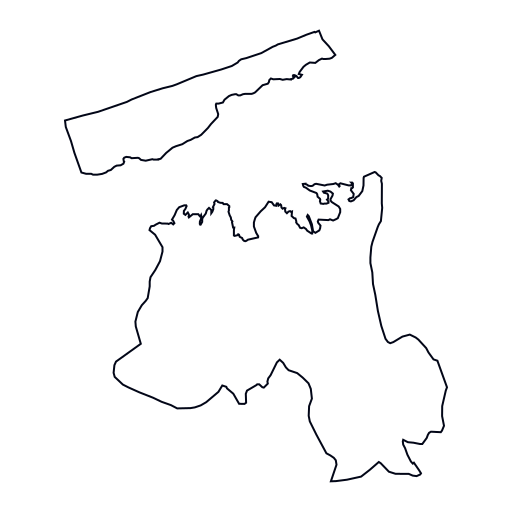 Sidi Salim, Kafr ash Shaykh, Egypt (Robinson projection)
{"feature_id": "37247803B12762735296795", "entity_name": "Sidi Salim", "entity_type": "district", "adm_level": 2, "iso_a3": "EGY", "parent_name": "Egypt", "parent_adm1": "Kafr ash Shaykh", "projection": "robinson", "projection_center": [30.738, 31.367], "detail": "fine", "context": "isolated", "style": "outline", "palette": "ink", "viewbox_px": 512, "rotation_deg": 0, "n_neighbors": 0, "source": "geoboundaries", "source_scale": "gbopen_adm2", "svg_char_len": 6044}
<svg xmlns="http://www.w3.org/2000/svg" viewBox="0 0 512 512"><path d="M330.9,481.3L336.0,481.1L347.0,479.7L361.1,476.6L369.7,469.9L378.8,462.0L380.7,463.2L388.9,471.7L395.5,473.8L408.8,473.9L412.7,475.6L416.6,476.1L420.2,474.5L421.0,473.3L419.0,470.1L413.9,462.7L412.8,463.6L410.9,461.5L407.4,454.7L405.1,448.2L403.2,444.6L402.8,441.4L403.2,439.8L407.9,442.2L413.4,442.7L420.0,444.0L422.3,444.0L426.7,438.0L427.9,434.8L429.1,432.8L431.0,431.7L440.8,432.2L442.0,430.6L444.0,425.8L442.1,416.1L442.2,406.1L445.8,390.5L447.0,387.3L437.4,360.7L433.5,359.4L428.5,352.5L426.2,348.1L418.4,339.6L415.7,337.5L409.8,334.6L402.4,336.6L393.3,342.1L390.2,343.2L387.9,342.0L385.5,338.8L381.3,325.9L377.9,311.0L375.3,294.9L373.0,284.0L372.3,272.4L370.4,263.1L370.4,257.5L371.3,246.7L372.5,241.9L377.7,227.1L378.9,224.3L380.9,221.1L382.2,207.8L381.8,203.4L381.9,183.7L381.2,180.9L381.7,177.9L380.0,176.1L378.5,175.3L375.7,172.4L374.6,172.0L364.0,176.7L363.6,177.9L363.5,185.5L362.3,191.1L358.7,195.9L356.4,197.1L353.6,200.3L350.9,201.4L349.3,201.0L348.5,199.4L350.1,198.2L350.9,198.2L353.2,197.1L353.7,193.9L350.9,190.2L351.3,188.2L352.1,188.2L352.9,187.4L352.9,183.4L352.2,182.6L351.4,182.6L351.8,183.0L351.8,184.2L351.0,185.4L348.6,185.4L340.4,183.3L339.2,184.1L339.2,185.3L339.6,186.1L339.2,186.5L338.0,184.8L335.7,183.2L333.3,184.0L327.1,184.7L324.7,185.5L316.1,183.8L314.5,184.2L312.6,185.8L311.0,186.1L308.2,185.7L307.5,184.9L305.5,184.1L305.5,183.7L302.8,184.0L303.2,185.7L303.9,186.9L305.9,187.7L309.8,190.5L316.4,193.0L317.2,194.2L317.6,196.7L319.9,198.7L320.3,199.9L319.9,201.1L320.7,203.5L323.4,203.9L324.2,203.6L326.5,203.6L328.5,202.8L328.5,201.6L327.0,199.6L328.1,198.8L328.2,195.6L327.8,194.4L327.0,193.5L323.9,192.7L323.1,191.5L327.8,190.7L330.5,191.6L332.9,193.6L332.5,195.6L330.5,199.2L330.5,200.4L331.7,202.0L338.7,206.5L340.2,209.0L340.2,212.2L337.8,218.2L335.8,219.3L333.1,220.5L330.0,219.3L328.4,220.1L318.6,219.6L317.8,221.5L318.2,222.8L320.5,225.6L320.1,228.4L319.3,230.4L315.4,232.8L313.4,231.5L313.0,230.7L311.9,224.3L308.8,216.2L307.7,215.0L306.9,216.6L309.6,221.5L311.1,225.5L312.3,230.7L312.2,233.5L311.5,233.5L307.2,230.7L306.0,229.0L303.7,227.4L301.7,228.2L300.1,227.8L298.6,225.0L297.4,224.1L296.2,222.5L296.3,221.3L295.5,218.5L293.9,218.1L291.6,216.0L292.0,211.6L291.2,212.0L290.4,211.2L289.7,211.2L288.5,211.6L286.9,213.2L285.3,211.6L285.0,209.1L285.4,208.3L284.2,207.9L282.6,208.7L281.5,207.5L281.1,205.1L280.3,204.3L278.7,205.5L278.0,203.4L276.8,203.4L276.4,204.2L276.4,205.8L274.0,205.4L271.7,202.2L268.6,201.7L265.0,207.3L260.7,211.3L255.5,217.3L254.7,219.7L253.9,222.5L253.9,226.5L256.2,232.9L258.2,236.2L258.1,237.4L247.9,239.7L246.4,240.8L245.2,241.2L244.0,240.8L242.8,239.6L242.1,238.0L239.7,236.8L239.0,234.7L238.2,234.3L237.8,235.1L234.6,235.9L233.9,235.5L233.9,229.9L234.3,227.5L233.1,227.5L232.0,222.2L232.4,221.4L231.2,219.8L230.8,217.4L229.7,215.4L228.5,211.7L228.9,210.5L228.9,207.7L229.3,207.3L229.3,206.1L227.0,204.1L223.5,204.1L222.7,202.9L220.4,202.8L218.0,202.0L217.6,201.2L216.1,200.4L215.7,200.4L214.1,202.4L214.5,204.0L212.9,207.2L213.3,207.6L213.3,209.2L212.3,211.8L211.3,213.2L211.3,210.0L209.0,207.9L207.4,209.5L206.6,210.7L205.8,213.5L202.6,217.9L202.2,219.5L202.2,221.9L200.6,224.7L200.2,224.7L199.8,223.9L199.9,221.5L201.1,218.7L201.1,217.1L201.4,216.4L201.1,215.1L200.7,215.9L199.9,216.3L198.3,214.2L192.8,214.2L188.9,217.4L188.5,216.6L188.9,215.8L188.9,214.5L187.8,212.5L185.4,214.9L183.8,213.7L183.9,210.9L185.4,208.9L186.6,206.1L186.2,205.3L184.3,205.3L179.2,207.2L176.8,210.0L174.6,215.2L172.0,219.6L173.2,220.8L174.4,223.2L173.2,224.4L171.2,222.8L168.5,224.0L167.7,223.6L161.8,223.5L159.5,222.7L155.6,224.7L154.0,225.8L151.2,226.2L150.0,228.2L149.5,230.1L155.1,234.7L162.5,247.2L162.5,251.6L160.0,261.2L155.3,270.0L150.5,277.2L149.7,281.6L149.7,286.4L147.7,298.1L145.7,300.9L141.8,305.2L137.8,312.0L135.4,321.6L135.8,326.5L140.8,343.8L116.0,361.6L114.4,365.2L113.6,372.8L114.7,376.9L122.9,384.6L128.4,387.4L139.3,392.3L153.0,397.7L161.6,401.8L170.9,405.1L177.2,408.4L190.5,408.1L194.8,407.4L200.7,405.4L206.2,402.2L218.4,391.9L222.3,385.5L226.3,386.8L227.0,388.4L233.3,393.7L239.1,403.8L244.5,403.9L246.1,402.7L245.8,393.8L247.0,390.6L256.4,385.1L257.2,384.3L259.2,384.3L262.3,387.2L263.8,387.6L267.8,383.6L267.4,381.6L268.2,378.4L270.6,375.2L276.9,362.4L279.7,359.7L283.2,362.9L285.9,367.4L288.6,370.2L297.2,373.1L302.7,377.6L308.5,383.3L310.8,388.9L311.9,398.6L309.1,406.2L308.7,415.8L309.8,421.4L316.4,434.7L326.4,453.3L330.3,455.4L333.8,457.8L335.8,460.3L336.5,464.7L330.9,481.3ZM319.0,30.7L315.2,32.4L314.5,31.9L306.5,34.7L297.1,38.6L277.8,44.4L275.8,45.6L272.7,46.8L261.3,53.1L246.3,58.1L241.2,59.3L238.9,60.9L237.7,62.5L231.8,66.0L221.2,69.5L203.1,74.6L196.4,76.1L176.8,84.3L172.4,85.9L162.6,88.3L150.4,92.1L131.6,99.5L126.9,101.9L98.1,111.8L82.9,115.5L65.0,120.5L65.8,127.0L71.0,141.1L74.4,152.8L81.4,172.5L86.1,173.8L91.2,173.8L93.1,174.7L97.0,174.7L102.1,173.9L106.1,172.4L108.0,170.8L110.8,170.0L114.3,166.8L116.7,165.6L120.6,165.3L123.4,163.7L124.2,161.7L123.8,161.3L123.4,158.9L124.2,157.7L126.2,156.9L130.1,157.3L131.6,158.2L137.9,157.8L139.1,158.2L141.0,159.9L145.7,160.7L152.4,159.2L153.6,159.6L158.3,159.6L158.3,159.2L160.6,158.8L166.2,152.9L172.5,147.7L176.0,146.2L182.3,144.2L187.4,141.0L190.6,139.9L194.9,137.5L197.6,137.1L201.2,134.8L207.9,128.0L211.0,124.0L217.7,116.9L218.2,114.1L216.2,108.0L215.9,105.6L215.9,104.4L216.3,103.6L218.6,103.6L222.9,102.5L224.5,99.7L228.9,96.1L231.6,94.9L235.1,94.2L236.3,94.2L238.3,95.4L240.2,95.4L243.0,94.2L244.9,93.9L251.6,93.9L253.6,93.2L255.1,92.4L262.6,85.2L267.8,83.7L268.9,82.1L269.3,80.1L270.9,78.5L273.3,79.3L279.9,79.0L282.7,79.8L286.6,79.1L290.9,79.5L290.9,79.1L292.9,78.7L294.5,77.1L293.3,77.1L293.3,76.3L292.9,75.9L293.3,75.1L294.5,75.1L296.4,76.0L298.0,78.0L298.8,78.0L300.3,77.2L301.9,74.8L298.8,74.0L299.6,72.0L303.5,66.8L305.9,64.8L309.8,62.5L315.3,62.9L318.9,60.1L322.0,58.6L323.2,59.0L325.6,59.0L329.5,58.7L331.8,57.9L335.3,54.9L328.8,46.2L322.5,39.4L319.0,30.7Z" fill="none" stroke="#020617" stroke-width="2"/></svg>